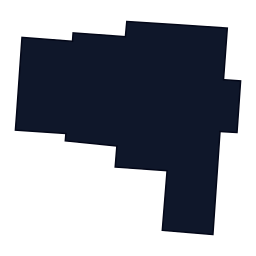 outline of Vinton, Ohio, United States of America
{"feature_id": "52423323B79986289007094", "entity_name": "Vinton", "entity_type": "district", "adm_level": 2, "iso_a3": "USA", "parent_name": "United States of America", "parent_adm1": "Ohio", "projection": "albers", "projection_center": [-82.511, 39.212], "detail": "fine", "context": "isolated", "style": "filled", "palette": "ink", "viewbox_px": 256, "rotation_deg": 0, "n_neighbors": 0, "source": "geoboundaries", "source_scale": "gbopen_adm2", "svg_char_len": 367}
<svg xmlns="http://www.w3.org/2000/svg" viewBox="0 0 256 256"><path d="M15.4,130.1L65.9,133.5L65.3,140.8L116.9,146.0L115.2,167.0L167.1,170.7L162.3,230.3L212.9,234.5L220.0,131.5L237.0,132.5L240.6,80.9L223.5,79.7L227.3,28.1L177.0,24.7L126.8,21.5L125.4,36.7L73.1,32.9L72.5,41.3L22.0,37.4L16.7,112.9L15.4,130.1Z" fill="#0f172a" stroke="#020617" stroke-width="1.5"/></svg>